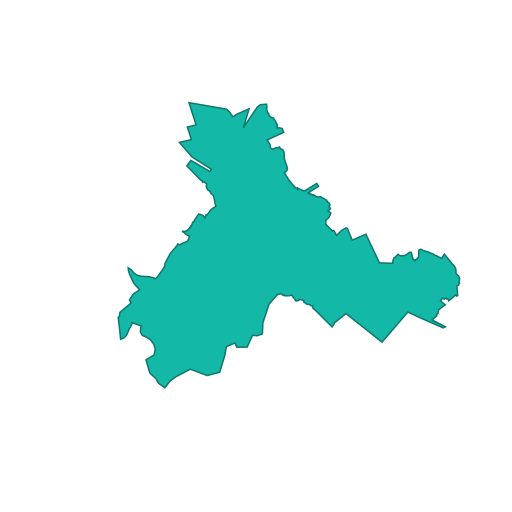 the district of Armadillo de los Infante, San Luis Potosí, Mexico, rotated 56°
{"feature_id": "50627088B46691471724759", "entity_name": "Armadillo de los Infante", "entity_type": "district", "adm_level": 2, "iso_a3": "MEX", "parent_name": "Mexico", "parent_adm1": "San Luis Potosí", "projection": "albers", "projection_center": [-100.644, 22.261], "detail": "fine", "context": "isolated", "style": "filled", "palette": "teal", "viewbox_px": 512, "rotation_deg": 56, "n_neighbors": 0, "source": "geoboundaries", "source_scale": "gbopen_adm2", "svg_char_len": 6023}
<svg xmlns="http://www.w3.org/2000/svg" viewBox="0 0 512 512"><g transform="rotate(56 256 256)"><path d="M314.3,405.2L311.5,396.8L311.3,390.2L313.1,373.7L327.8,363.3L332.1,351.1L321.2,337.7L314.6,331.2L316.3,322.1L320.8,323.0L326.6,314.3L319.8,303.2L322.7,299.7L324.2,294.3L315.2,287.6L303.1,271.9L300.1,260.1L299.2,260.4L299.7,260.0L300.5,258.6L300.7,257.6L300.8,256.9L301.9,256.1L303.0,255.8L304.0,255.5L304.3,254.3L305.1,254.4L307.4,251.0L308.4,248.2L310.8,248.3L314.4,247.9L314.5,248.0L315.1,248.3L315.5,247.9L316.0,247.5L316.7,245.6L316.3,245.3L316.5,244.7L316.4,244.6L316.8,243.6L319.7,241.2L321.2,242.2L323.1,241.1L323.8,241.1L324.7,240.5L325.3,239.8L326.4,238.6L328.1,238.2L328.5,237.3L329.2,237.1L331.2,238.0L333.3,237.3L357.3,232.6L356.4,230.0L355.3,228.3L354.1,213.6L397.9,199.7L387.4,161.5L400.4,153.6L420.3,141.0L420.6,138.6L410.7,143.9L410.7,144.2L410.7,144.3L409.9,144.5L409.7,144.5L407.4,145.7L406.7,139.6L406.0,139.2L405.6,139.2L405.4,138.2L405.5,137.5L402.7,134.6L402.3,126.3L396.5,128.3L395.2,124.8L397.0,124.2L397.0,123.4L396.9,122.9L396.8,122.4L397.2,122.1L397.7,122.1L398.4,121.9L398.3,121.5L398.9,120.9L401.0,121.2L400.0,112.4L401.6,111.9L401.5,110.8L393.2,106.3L393.2,106.1L393.5,104.4L392.5,103.1L391.8,102.6L392.0,102.4L391.7,102.2L390.4,101.7L389.9,100.9L388.6,99.8L387.2,99.7L386.0,99.1L384.6,99.6L383.0,99.8L382.0,99.8L380.9,99.0L379.4,98.1L377.9,97.5L376.6,97.2L373.7,97.4L372.4,97.7L359.7,98.8L361.9,103.4L357.1,106.0L355.1,107.5L353.4,108.0L351.8,109.2L351.7,109.3L350.3,110.1L349.0,111.0L344.8,114.4L343.0,115.2L342.7,115.4L342.5,115.7L342.4,116.4L342.4,116.7L342.4,117.1L342.2,117.2L342.1,117.4L342.5,117.7L343.1,118.6L344.2,119.2L345.2,120.0L345.3,120.0L346.5,120.8L347.0,121.4L347.4,121.5L347.6,121.9L347.8,122.0L348.0,122.3L348.1,122.5L348.1,123.1L348.0,123.5L348.2,124.0L348.5,124.2L348.5,124.6L348.8,126.3L348.5,126.1L348.3,126.1L348.2,126.2L347.5,127.6L347.3,127.7L347.0,127.8L339.7,125.2L338.9,126.5L339.2,127.0L338.8,127.8L338.8,128.2L339.0,128.9L339.0,131.7L338.3,133.5L336.8,135.7L336.5,136.3L336.3,136.4L334.0,137.5L334.9,141.8L334.7,142.4L335.0,143.2L335.5,143.8L335.9,144.6L338.4,146.8L330.8,157.5L299.4,152.7L296.6,167.3L296.2,167.3L284.2,164.8L283.0,165.6L282.7,170.2L282.8,171.6L284.0,177.7L278.3,177.2L278.1,178.8L268.6,180.3L265.4,178.1L265.1,174.7L264.8,174.3L264.4,173.2L262.3,170.0L258.9,170.9L258.4,167.8L257.8,167.7L257.5,167.8L257.2,167.8L257.1,167.6L256.5,167.7L256.2,167.5L255.8,167.6L255.5,167.3L255.1,166.2L254.6,166.1L254.2,165.8L254.0,166.0L253.8,165.8L252.7,165.9L252.1,166.2L250.9,166.5L249.2,166.2L248.1,166.9L246.4,167.5L244.8,168.6L243.9,168.9L243.5,168.9L242.5,169.9L242.2,171.0L240.7,172.8L240.0,172.9L239.6,173.2L238.3,173.9L238.2,174.2L237.8,174.5L237.5,174.2L237.3,174.8L236.8,174.8L236.4,175.4L235.9,175.5L235.8,176.0L235.4,176.0L235.4,176.3L235.3,176.5L234.9,176.4L234.0,176.7L233.5,177.6L232.8,177.5L233.2,165.2L229.8,165.0L229.2,179.7L223.3,183.5L223.7,184.1L223.2,183.9L222.6,183.6L222.2,184.4L221.6,185.4L220.8,185.2L220.2,185.4L219.7,185.3L219.1,185.6L217.3,185.7L217.0,185.8L209.5,186.3L209.3,186.1L202.9,186.0L202.7,184.0L202.3,182.3L201.1,181.1L200.1,180.6L197.4,179.8L194.2,179.0L191.2,178.1L186.3,175.1L185.5,174.7L184.6,174.5L183.9,174.6L182.7,174.3L182.7,174.9L182.0,175.0L181.1,175.5L180.7,175.8L180.0,175.8L179.4,175.5L178.7,175.6L178.6,176.6L178.1,177.8L178.0,178.1L177.8,178.2L177.6,178.4L177.5,179.0L177.3,179.3L177.3,180.2L176.7,182.3L176.0,183.0L175.5,183.3L174.0,183.4L173.6,183.3L172.4,182.3L170.8,182.0L166.0,181.9L169.0,163.9L164.9,163.0L162.9,164.9L161.3,167.1L159.5,165.0L152.9,164.3L151.3,164.4L150.8,164.9L149.0,166.2L147.7,166.4L145.9,166.3L145.0,165.9L144.3,166.0L143.4,166.3L140.5,165.1L138.7,163.8L136.1,162.3L133.1,167.5L133.1,169.7L133.4,172.1L142.5,194.6L130.1,179.4L127.7,192.9L127.7,194.2L127.9,195.6L127.9,196.3L127.7,196.7L127.3,197.1L126.7,197.4L122.0,197.4L118.0,198.3L117.6,198.5L91.4,225.8L91.7,225.9L113.8,232.4L110.7,240.8L123.4,244.5L118.9,256.0L138.3,253.6L159.3,244.4L160.1,247.1L140.3,256.5L142.6,263.0L162.4,259.3L164.1,258.5L164.8,259.0L165.0,258.9L165.2,258.3L165.5,258.0L165.6,257.7L165.9,257.5L166.5,257.4L167.2,257.0L167.3,256.8L167.6,256.7L168.2,256.9L169.0,256.7L169.7,257.5L169.9,257.9L170.5,258.4L170.9,258.4L171.0,258.5L171.6,258.5L171.9,258.7L172.1,258.5L173.1,258.9L173.3,259.0L173.7,259.0L174.9,258.9L175.3,258.5L175.8,258.4L176.3,258.2L178.0,258.1L178.6,258.2L179.0,258.4L182.2,257.4L189.0,260.3L192.3,261.5L192.3,267.2L194.4,273.1L194.0,274.7L195.9,277.0L193.6,277.3L193.0,277.2L192.4,277.5L192.0,277.8L191.7,277.9L189.1,280.0L191.6,286.3L191.9,287.0L192.3,287.5L192.5,287.6L192.4,287.7L192.7,288.3L192.5,288.5L192.6,289.1L192.9,289.5L192.9,289.8L192.9,290.0L193.0,290.2L193.7,290.9L194.0,291.6L194.4,292.0L194.4,292.5L194.5,292.6L194.5,293.0L194.9,293.5L195.0,293.4L195.0,293.9L195.4,294.0L195.3,294.9L195.5,295.0L195.8,295.5L195.7,295.8L195.7,296.1L196.2,297.2L196.1,297.7L196.2,298.1L196.1,298.3L196.3,298.8L196.3,299.3L196.2,299.4L196.1,300.2L196.2,300.3L196.0,300.8L195.5,301.6L194.9,302.1L195.0,302.5L194.8,302.6L194.5,303.1L194.8,303.3L195.2,303.2L195.4,302.7L195.7,302.5L196.1,302.5L196.7,302.5L197.0,302.5L197.6,302.2L198.4,302.2L199.8,301.5L202.4,299.9L205.4,304.3L203.9,313.2L202.3,313.9L203.4,316.4L205.9,325.6L210.7,334.5L211.4,335.7L212.6,336.8L213.4,337.1L215.4,341.9L218.2,349.5L218.7,351.7L213.3,356.2L208.5,362.7L205.3,365.3L204.4,365.7L204.0,365.9L202.4,366.6L197.8,367.1L194.3,368.5L197.1,370.1L200.4,371.0L209.8,372.5L214.4,372.1L218.8,371.3L219.0,374.3L218.9,378.1L219.6,380.7L221.7,385.5L225.1,385.8L226.6,400.3L228.5,402.1L229.9,403.0L229.7,404.5L240.4,410.0L249.4,414.8L250.0,411.0L249.2,407.4L246.6,403.3L246.3,403.1L246.0,402.4L245.4,401.5L244.8,400.0L243.8,398.4L243.3,397.3L241.9,396.0L250.0,390.2L251.0,391.7L254.2,394.3L258.2,394.7L261.5,392.6L266.1,390.4L270.9,390.1L272.6,390.3L276.0,391.3L277.3,392.0L281.0,395.9L280.5,405.2L293.3,409.4L294.2,409.4L301.5,407.5L307.1,408.0L314.3,405.2Z" fill="#14b8a6" stroke="#0f766e" stroke-width="1.5"/></g></svg>